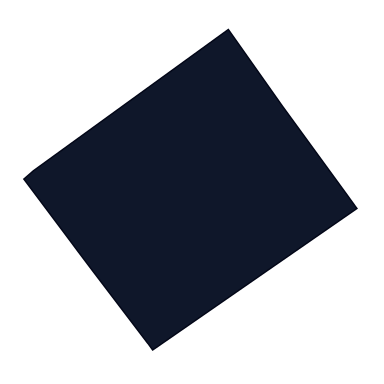 outline of Person, North Carolina, United States of America, rotated 233°
{"feature_id": "52423323B78779547574002", "entity_name": "Person", "entity_type": "district", "adm_level": 2, "iso_a3": "USA", "parent_name": "United States of America", "parent_adm1": "North Carolina", "projection": "equal_earth", "projection_center": [-78.996, 36.389], "detail": "fine", "context": "isolated", "style": "filled", "palette": "ink", "viewbox_px": 384, "rotation_deg": 233, "n_neighbors": 0, "source": "geoboundaries", "source_scale": "gbopen_adm2", "svg_char_len": 413}
<svg xmlns="http://www.w3.org/2000/svg" viewBox="0 0 384 384"><g transform="rotate(233 192 192)"><path d="M207.0,315.9L210.0,316.0L299.9,318.8L304.4,78.2L303.5,65.5L229.5,65.3L229.0,65.3L212.4,65.2L212.2,65.2L194.5,65.2L193.7,65.2L189.1,65.2L98.1,65.6L97.2,65.7L89.8,65.5L89.5,65.5L79.6,313.8L82.3,313.8L85.2,313.9L91.7,314.0L95.6,314.1L207.0,315.9Z" fill="#0f172a" stroke="#020617" stroke-width="1.5"/></g></svg>